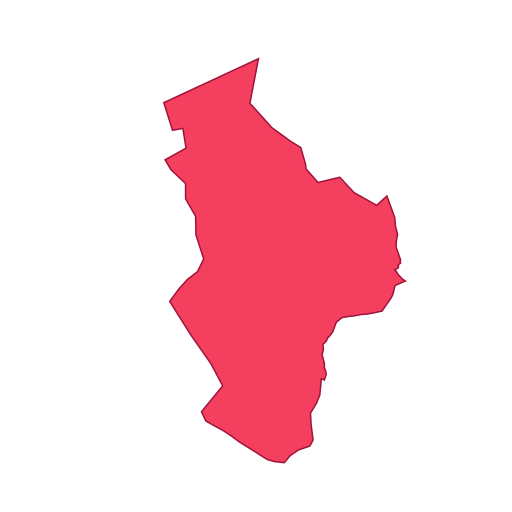 Nafada, Gombe, Nigeria (Mercator projection), rotated 24°
{"feature_id": "59680162B63392407575553", "entity_name": "Nafada", "entity_type": "district", "adm_level": 2, "iso_a3": "NGA", "parent_name": "Nigeria", "parent_adm1": "Gombe", "projection": "mercator", "projection_center": [11.284, 11.038], "detail": "fine", "context": "isolated", "style": "filled", "palette": "rose", "viewbox_px": 512, "rotation_deg": 24, "n_neighbors": 0, "source": "geoboundaries", "source_scale": "gbopen_adm2", "svg_char_len": 1813}
<svg xmlns="http://www.w3.org/2000/svg" viewBox="0 0 512 512"><g transform="rotate(24 256 256)"><path d="M109.4,153.4L128.6,175.1L137.3,169.2L148.2,185.9L133.8,205.1L143.1,211.7L162.2,218.5L168.4,232.4L175.9,237.9L184.7,244.3L192.6,261.2L209.4,279.9L209.3,283.7L208.9,294.1L202.9,305.3L199.0,317.2L195.6,332.5L195.8,332.7L223.7,351.4L228.8,354.8L237.0,359.7L258.6,372.7L278.4,388.2L269.5,420.5L277.5,427.2L287.5,428.1L292.5,428.5L298.3,429.0L305.8,430.3L306.2,430.4L316.3,432.6L322.9,433.6L329.6,434.5L332.0,434.8L343.7,436.6L349.3,437.3L349.5,437.3L356.6,436.3L360.4,435.0L365.7,433.4L366.0,433.2L368.4,424.5L373.7,415.9L382.5,407.7L383.0,400.8L382.1,399.4L381.3,398.1L378.8,394.0L376.5,390.2L374.8,387.4L371.5,380.9L369.7,377.3L370.2,373.5L371.1,366.4L371.1,364.1L371.1,363.8L371.0,361.5L370.9,357.9L370.9,357.1L370.8,356.9L369.2,352.1L366.7,344.7L365.6,341.5L368.9,341.5L368.3,335.6L366.1,332.3L364.1,330.6L362.3,326.5L356.5,319.2L355.6,314.0L353.1,309.4L354.8,305.4L354.8,302.4L354.7,301.4L354.9,301.4L355.4,300.4L355.8,299.0L357.0,294.3L356.9,293.6L356.3,283.9L357.7,281.1L359.5,277.4L367.3,272.2L369.3,271.3L375.5,266.9L381.2,263.8L386.6,260.1L393.5,255.1L394.7,248.9L396.6,238.8L396.6,234.8L395.0,226.5L402.3,218.3L402.4,218.2L402.6,218.1L402.3,218.0L399.4,217.6L396.8,216.5L393.2,215.0L391.0,213.3L388.3,212.1L388.5,211.7L389.3,211.0L389.6,210.3L390.2,209.8L390.5,209.7L390.5,208.9L390.7,208.2L390.5,207.8L390.4,207.3L389.4,206.5L390.8,204.0L391.0,203.5L390.6,203.1L389.9,202.4L389.7,200.8L386.5,197.4L383.9,194.6L380.3,190.9L378.2,185.5L376.6,178.7L371.6,172.5L367.1,164.4L351.2,148.0L345.5,160.7L344.3,160.5L319.7,158.2L300.5,150.0L282.7,163.6L266.3,156.1L264.4,152.6L252.8,138.7L240.7,137.1L218.3,132.3L188.3,118.9L178.0,74.7L109.4,153.4Z" fill="#f43f5e" stroke="#9f1239" stroke-width="1.5"/></g></svg>